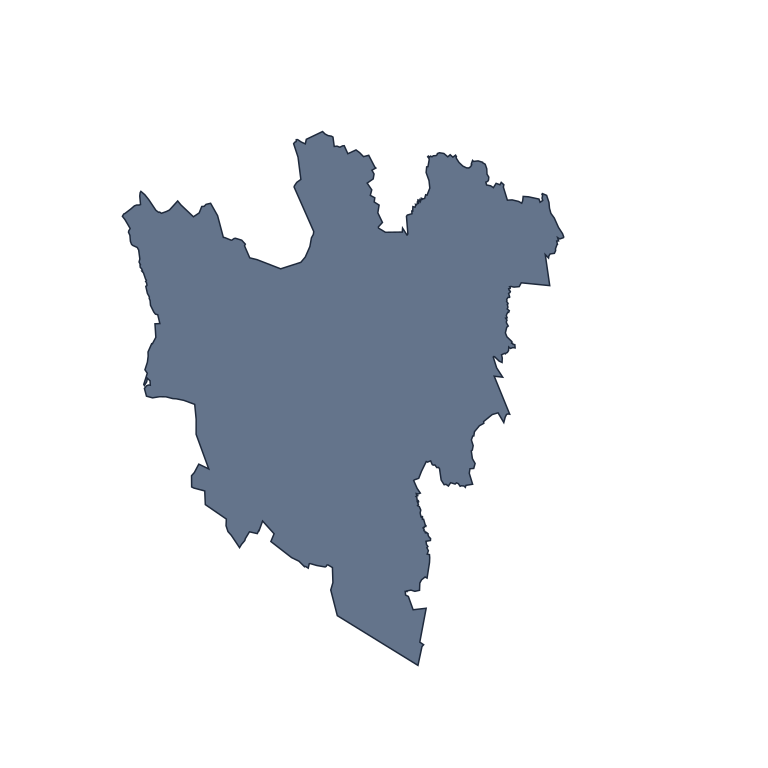 Ēdoles pag., Kuldigas, Latvia (Natural Earth projection), rotated 247°
{"feature_id": "27541924B33220352308634", "entity_name": "Ēdoles pag.", "entity_type": "district", "adm_level": 2, "iso_a3": "LVA", "parent_name": "Latvia", "parent_adm1": "Kuldigas", "projection": "natural_earth1", "projection_center": [21.68, 57.04], "detail": "fine", "context": "isolated", "style": "filled", "palette": "slate", "viewbox_px": 768, "rotation_deg": 247, "n_neighbors": 0, "source": "geoboundaries", "source_scale": "gbopen_adm2", "svg_char_len": 6159}
<svg xmlns="http://www.w3.org/2000/svg" viewBox="0 0 768 768"><g transform="rotate(247 384 384)"><path d="M449.1,606.9L452.6,607.1L460.0,605.8L470.2,605.6L475.9,604.3L481.1,605.0L486.7,606.8L494.1,607.4L497.4,604.2L496.9,603.5L495.4,603.6L493.4,602.1L490.9,601.8L490.3,598.7L493.7,598.9L499.9,590.1L502.3,585.4L498.5,583.3L496.6,581.4L499.5,579.2L503.4,573.9L505.0,569.4L518.6,570.8L520.6,572.2L523.8,570.7L522.1,568.6L524.9,565.6L522.0,561.4L524.8,559.6L527.1,556.2L530.0,556.6L530.0,558.6L530.9,559.9L533.5,561.3L536.9,560.8L542.0,562.7L546.8,563.0L549.1,561.3L549.6,561.4L552.6,557.8L553.9,553.4L555.2,552.9L552.3,550.2L551.5,550.4L550.2,548.6L549.7,546.5L550.7,544.4L553.8,541.7L558.6,539.6L563.3,538.8L564.7,539.0L565.0,539.5L566.7,539.3L565.9,536.0L569.2,534.5L568.2,531.5L572.8,529.2L575.2,525.4L575.3,523.2L574.4,522.6L573.9,521.2L574.8,518.6L574.4,516.9L575.6,515.9L575.1,514.7L576.5,513.9L576.1,513.0L574.2,513.5L572.9,513.3L566.9,509.4L567.2,508.1L562.2,505.4L553.6,504.9L546.4,502.7L541.0,497.4L541.9,496.3L538.9,493.9L539.2,492.2L540.0,491.4L539.0,491.4L539.0,491.0L540.1,490.6L538.4,489.3L539.2,489.1L538.1,488.6L539.5,488.3L540.0,487.3L538.2,487.3L538.4,486.5L539.3,486.6L538.4,485.7L537.3,486.6L536.8,486.3L537.0,484.9L536.3,483.9L537.0,483.2L536.1,483.0L534.6,481.6L536.0,479.9L532.0,478.0L532.5,477.4L532.2,477.1L529.8,476.3L530.4,471.5L529.6,470.2L512.8,464.6L512.3,463.6L511.5,463.5L520.2,462.0L516.7,460.2L523.1,444.6L529.6,439.9L530.8,440.2L533.3,445.7L544.0,445.2L550.6,449.4L555.4,446.1L559.0,448.3L563.0,445.1L567.5,448.6L575.5,447.0L577.0,454.2L581.2,456.9L585.5,456.4L586.0,460.9L587.3,460.3L600.5,459.3L601.3,454.0L606.4,452.0L610.4,449.7L610.1,440.7L618.9,440.5L619.4,438.9L619.2,435.9L621.3,433.7L622.1,431.0L631.2,433.5L632.7,432.4L634.5,429.6L637.2,427.4L640.4,426.1L639.6,408.1L635.8,405.4L638.9,402.5L642.7,400.0L643.2,398.7L641.5,397.9L641.4,396.2L640.5,394.7L626.4,393.5L604.8,387.4L603.7,382.5L601.5,379.1L600.5,378.2L551.8,378.9L549.3,377.4L546.9,374.3L539.5,369.5L531.6,361.1L528.5,355.0L530.4,333.9L548.1,315.7L552.6,309.7L565.7,309.6L566.9,311.0L572.0,309.2L576.2,304.2L576.5,302.9L575.9,300.2L576.1,299.5L581.2,294.4L581.7,293.4L604.0,296.6L618.1,295.0L618.9,290.4L617.8,287.9L618.6,285.6L613.7,280.7L612.4,273.9L628.3,267.0L633.1,265.6L628.0,254.5L627.8,251.1L628.1,245.8L629.9,244.7L630.1,243.6L633.0,241.9L645.6,239.5L651.7,237.8L656.3,235.5L655.4,234.3L652.4,232.6L644.3,230.0L644.4,228.6L645.4,226.2L645.5,223.8L644.1,219.5L642.2,212.2L642.2,210.9L640.6,208.7L636.4,209.8L626.3,211.1L624.8,209.0L623.6,208.1L620.1,208.2L614.4,206.3L611.1,206.2L609.7,206.9L606.1,210.2L603.1,210.5L594.5,208.1L592.0,206.2L589.0,206.4L588.9,205.9L586.6,205.2L584.9,205.9L582.5,205.9L582.6,205.2L580.2,206.0L573.7,205.5L572.3,205.8L571.5,204.6L570.3,205.0L567.8,204.5L567.2,204.1L567.0,202.9L559.8,201.6L555.8,202.0L554.5,201.3L552.2,201.3L547.7,199.8L540.3,200.2L537.6,200.9L536.2,202.8L527.2,201.3L528.9,196.7L516.1,192.2L511.5,186.5L511.9,185.9L505.7,179.3L501.8,177.8L496.5,174.7L490.5,169.5L486.4,170.3L477.5,162.7L476.2,162.8L478.7,166.4L481.7,168.4L478.4,169.9L474.2,168.4L475.1,166.8L475.1,164.7L473.5,161.7L465.6,160.6L461.7,165.5L460.0,172.4L457.4,178.3L453.0,184.0L451.6,186.9L447.2,193.3L439.2,201.8L424.9,197.3L411.1,191.4L374.3,189.5L382.6,182.2L376.6,174.8L374.8,171.0L364.4,166.7L362.5,168.3L355.6,177.2L342.8,172.4L321.3,186.1L315.2,183.2L309.1,182.7L304.4,184.3L289.8,187.1L292.0,190.1L294.3,194.7L295.9,196.0L300.5,202.4L295.8,208.9L298.1,211.5L297.8,211.7L305.3,218.7L289.1,224.3L283.2,218.3L260.3,231.1L254.1,236.5L246.9,239.4L247.1,239.8L246.3,240.8L244.1,242.3L247.7,244.9L247.6,245.8L243.2,251.2L238.6,258.3L238.7,259.5L239.6,260.6L239.4,261.7L235.2,264.8L221.2,259.4L215.2,254.5L189.0,250.5L111.7,305.3L127.5,316.4L128.5,318.6L132.4,316.1L161.1,335.2L164.8,322.6L178.9,323.4L181.3,321.4L184.8,322.5L184.0,324.1L184.6,324.2L183.7,328.3L181.1,331.4L180.2,336.1L186.8,339.2L189.1,342.1L190.3,346.4L188.5,347.8L202.0,356.2L206.2,358.2L209.2,359.2L210.5,357.3L213.2,359.7L216.6,359.5L217.2,360.9L219.6,360.4L222.8,361.2L221.8,365.6L223.5,366.5L226.2,365.5L228.1,365.6L228.8,366.1L230.8,365.1L230.5,364.4L230.9,363.9L232.3,364.2L233.4,363.4L234.5,364.1L235.9,363.7L236.4,363.8L236.6,364.7L236.3,365.0L237.0,366.0L236.5,366.8L237.1,367.3L238.2,366.9L244.0,367.6L244.4,366.5L246.9,367.6L247.2,367.3L246.7,366.4L247.2,366.1L251.2,366.9L253.6,368.6L257.4,368.6L258.9,367.4L259.6,368.6L262.5,368.7L261.9,369.7L262.3,370.0L263.5,369.9L264.1,369.1L266.8,369.9L268.0,369.5L268.0,371.3L269.2,370.7L270.6,370.9L269.4,372.5L269.4,374.8L274.9,373.7L283.6,373.6L283.9,374.7L283.6,379.1L289.0,384.4L296.1,392.6L295.1,393.5L295.0,396.9L291.0,396.9L290.1,397.6L289.6,399.2L286.4,400.0L285.9,401.6L284.3,402.0L273.3,399.1L267.8,400.0L267.4,401.9L264.9,403.4L267.1,406.8L264.1,410.4L264.7,412.1L263.2,413.5L260.1,414.1L260.1,415.4L258.9,417.7L257.1,418.5L258.7,419.8L257.1,426.4L268.5,427.6L272.4,430.0L271.2,433.6L275.2,436.8L280.7,436.2L288.3,438.2L288.7,439.5L292.4,442.0L298.4,442.6L301.4,445.3L301.1,446.4L304.7,448.6L308.3,455.5L308.8,460.5L310.5,461.0L313.6,471.7L312.9,477.7L301.7,479.2L306.1,482.6L308.1,484.9L308.0,486.4L307.1,487.9L348.1,488.5L343.9,495.9L354.8,494.0L366.1,495.1L366.4,495.8L365.8,496.5L360.1,498.9L357.7,501.1L361.6,503.0L365.0,503.6L365.1,506.8L364.3,507.5L364.9,508.8L364.8,509.8L366.1,511.7L369.3,513.3L367.3,514.3L367.2,516.8L366.0,518.8L369.1,519.8L370.0,518.3L371.2,518.3L371.7,517.4L373.0,518.3L379.4,515.6L383.6,515.7L388.2,519.1L388.8,521.0L392.5,520.6L393.9,521.2L394.7,522.2L397.1,521.7L396.8,523.2L399.1,523.3L400.2,524.2L401.7,526.0L401.2,526.7L402.5,528.0L404.9,526.7L406.3,528.1L409.1,528.6L409.0,529.0L409.7,529.7L412.1,529.1L412.6,529.7L414.0,530.0L415.3,532.1L414.7,533.2L414.9,533.7L418.7,534.1L419.0,535.7L419.9,536.5L421.8,535.8L423.0,536.0L422.6,537.4L423.5,537.9L424.5,537.7L424.2,539.0L422.4,541.5L420.8,546.5L423.5,549.9L409.8,575.0L440.1,583.0L435.7,584.7L437.6,585.9L438.8,587.8L437.7,591.9L439.7,594.1L441.5,594.7L444.7,597.7L444.7,598.2L448.1,598.8L447.5,600.6L451.0,601.0L448.8,602.5L448.6,606.4L449.1,606.9Z" fill="#64748b" stroke="#1e293b" stroke-width="1.5"/></g></svg>